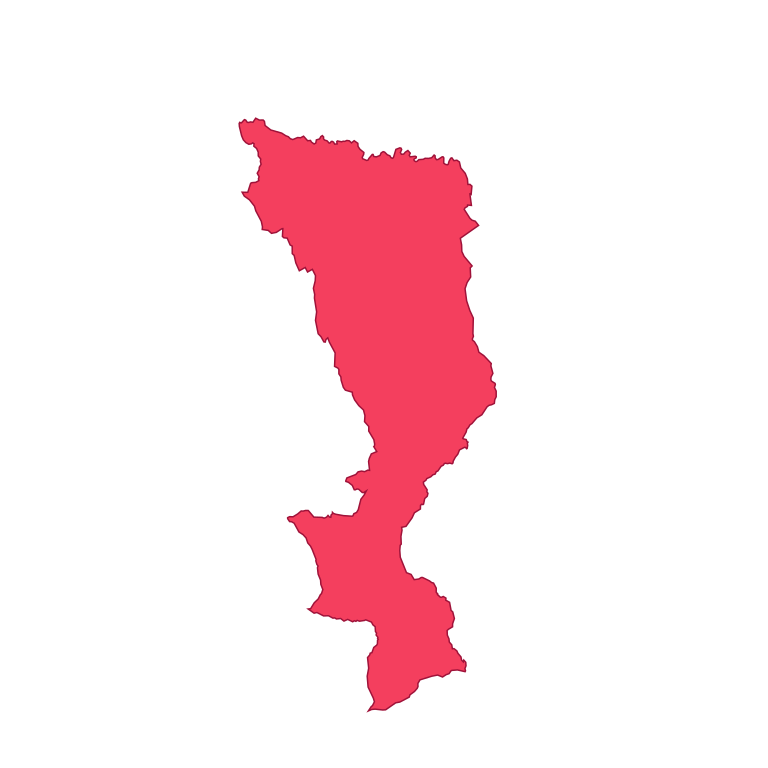 the district of Zabala, Covasna, Romania, rotated 66°
{"feature_id": "2599482B30667106455324", "entity_name": "Zabala", "entity_type": "district", "adm_level": 2, "iso_a3": "ROU", "parent_name": "Romania", "parent_adm1": "Covasna", "projection": "albers", "projection_center": [26.222, 45.876], "detail": "fine", "context": "isolated", "style": "filled", "palette": "rose", "viewbox_px": 768, "rotation_deg": 66, "n_neighbors": 0, "source": "geoboundaries", "source_scale": "gbopen_adm2", "svg_char_len": 6152}
<svg xmlns="http://www.w3.org/2000/svg" viewBox="0 0 768 768"><g transform="rotate(66 384 384)"><path d="M86.3,409.3L87.0,410.3L90.0,411.4L99.3,413.1L103.7,413.2L107.3,412.0L110.0,410.0L110.7,407.4L110.3,405.9L111.6,405.0L113.8,406.2L117.0,404.6L121.0,404.6L124.5,406.1L128.3,405.1L130.4,406.4L133.3,406.9L135.2,409.7L137.6,411.0L139.9,414.1L143.9,413.8L145.5,415.3L147.3,415.6L147.6,419.1L146.3,422.9L146.4,424.2L153.5,430.5L151.1,435.6L155.6,435.2L161.0,432.0L168.9,430.0L173.7,430.7L185.4,429.9L191.0,431.1L193.3,432.4L196.6,427.3L200.6,425.5L201.7,420.7L200.6,414.0L200.9,413.2L207.9,416.8L209.7,416.0L211.4,413.1L218.8,413.2L220.7,411.8L227.6,414.8L230.0,413.8L237.5,415.3L246.1,415.3L245.5,408.6L250.6,408.3L250.1,402.8L257.1,402.5L261.8,404.9L267.9,409.6L274.0,410.9L277.2,412.6L290.7,416.2L298.0,420.7L311.3,423.7L315.1,422.3L321.1,421.8L321.8,420.6L319.7,418.9L319.0,416.6L323.6,416.9L335.7,416.0L347.8,422.0L350.6,419.7L352.3,419.3L356.4,421.1L359.9,420.5L363.1,421.6L370.5,422.5L373.9,421.8L378.6,416.3L381.1,417.2L386.6,417.3L393.5,415.8L399.4,413.3L405.2,414.3L410.5,417.1L416.6,415.2L420.8,417.1L430.7,415.9L435.2,417.0L437.0,418.2L437.1,418.8L442.8,418.1L442.7,424.0L445.9,427.6L448.5,429.6L457.0,432.3L456.1,433.8L456.2,437.3L454.4,440.0L453.7,443.4L455.2,446.6L454.7,456.1L456.8,458.2L457.5,458.5L459.3,456.5L463.7,454.2L468.5,454.2L469.0,453.2L468.9,451.4L469.9,449.9L474.3,448.0L475.0,446.7L474.5,443.7L477.3,447.2L479.9,452.0L488.3,458.6L490.2,461.3L490.2,464.3L491.8,466.0L491.8,466.9L487.8,474.5L483.4,481.0L481.7,482.8L480.3,483.3L481.5,483.9L482.2,485.7L484.1,486.8L483.4,487.9L481.3,488.6L482.3,490.7L482.2,493.3L480.7,494.7L477.1,502.2L468.8,504.6L467.6,507.2L467.2,509.7L466.3,511.3L467.6,515.7L468.3,521.1L466.8,524.2L466.9,526.4L467.9,526.8L471.3,526.2L472.2,524.5L474.6,522.7L484.6,521.9L488.7,519.2L493.0,517.8L498.2,518.3L502.1,517.1L505.9,516.9L516.6,517.4L517.8,518.2L521.4,518.7L523.5,518.3L524.7,519.5L530.9,521.5L537.3,521.7L541.4,523.2L546.9,523.5L550.1,526.4L550.5,527.7L553.6,531.5L555.5,536.7L559.4,542.4L558.7,544.8L564.9,541.1L565.5,538.2L571.3,533.5L573.1,529.0L577.1,525.9L577.6,524.2L579.3,523.0L580.6,519.0L584.3,517.0L584.3,512.9L588.5,509.3L588.2,507.4L589.4,506.2L589.0,504.7L590.7,502.9L592.1,497.9L592.0,496.6L596.4,492.3L599.5,492.1L602.1,490.8L606.7,492.5L608.5,492.1L610.1,493.3L613.0,492.6L613.9,493.4L614.9,493.1L615.4,494.1L618.8,495.8L619.6,496.9L620.5,500.5L624.5,504.3L624.3,506.1L625.7,507.2L627.2,510.3L637.4,513.6L644.1,518.2L654.4,521.8L666.6,521.5L670.4,522.0L673.1,525.3L673.5,526.9L676.3,531.2L676.3,527.7L677.4,524.4L681.3,517.7L682.3,515.0L680.0,503.0L681.0,498.9L680.3,488.3L678.5,486.7L677.3,481.2L675.5,477.4L674.2,476.0L671.4,474.9L668.9,471.5L670.4,459.1L671.7,453.4L675.5,449.7L674.8,445.4L675.1,442.4L673.3,439.5L673.2,438.6L675.1,433.2L679.8,426.9L679.2,426.2L676.9,425.8L674.8,423.7L671.5,422.5L668.7,423.4L670.1,424.6L667.8,425.4L664.6,424.7L660.1,426.0L657.4,426.0L654.2,427.7L653.7,429.2L649.8,428.2L646.3,429.3L643.2,428.3L639.2,428.3L634.9,426.6L634.3,425.0L633.7,420.1L631.0,418.9L626.9,415.1L620.2,413.9L618.1,414.8L610.1,412.9L606.6,415.5L604.8,414.5L602.2,416.3L602.2,418.4L601.7,419.2L598.1,420.8L597.7,420.3L595.5,421.0L591.7,419.3L586.0,419.7L584.8,421.2L582.4,422.5L576.4,427.5L575.9,428.7L576.3,431.5L575.0,436.0L569.0,436.7L565.5,440.2L548.9,439.6L542.5,437.3L537.9,434.8L537.3,433.4L530.1,430.5L524.9,427.0L522.1,426.2L523.0,421.8L517.7,412.8L514.0,408.6L513.0,401.6L509.7,400.0L509.2,398.4L510.0,397.5L509.8,396.7L505.2,393.4L504.1,390.1L501.7,388.3L499.9,388.7L498.2,387.6L491.9,388.6L489.6,387.9L489.0,384.9L487.8,383.4L487.8,379.0L486.8,376.3L487.1,373.9L485.3,371.9L485.4,370.2L482.4,365.3L482.3,362.9L481.2,361.2L481.4,360.0L482.6,358.4L483.0,356.1L484.6,354.2L484.2,353.1L482.7,352.2L479.9,348.6L478.2,345.2L474.9,341.8L474.6,336.2L475.3,335.2L476.7,334.9L476.7,334.3L474.3,332.6L471.9,331.9L471.3,330.9L470.3,331.6L468.2,331.5L466.2,334.0L465.5,334.1L461.4,328.6L458.8,326.6L458.2,324.8L456.3,322.1L455.9,319.7L452.7,313.0L451.9,307.1L446.8,299.2L446.2,296.8L446.7,294.1L446.6,291.1L443.4,289.2L441.3,286.7L436.1,284.4L432.1,284.5L429.8,282.5L428.6,282.3L424.9,284.7L423.2,284.5L421.1,283.3L418.6,280.2L411.0,279.0L408.9,277.7L398.9,281.2L393.5,284.4L387.9,283.5L382.1,284.2L380.0,285.3L378.7,284.9L376.8,282.9L374.2,282.3L360.1,275.6L351.7,275.7L341.7,274.7L329.9,271.2L325.1,266.8L321.5,261.3L313.0,258.0L312.0,255.5L300.0,258.9L294.6,259.0L288.4,256.5L281.9,255.0L277.6,233.1L272.4,234.4L270.1,237.0L267.6,238.1L257.1,239.7L256.0,238.3L255.7,235.5L254.5,234.9L256.4,231.5L245.2,228.2L245.2,227.6L246.1,227.2L239.0,223.2L236.6,224.3L235.8,226.2L230.6,224.4L224.6,224.1L217.9,226.0L211.8,224.8L209.2,226.4L208.4,229.3L205.0,230.0L204.9,231.3L207.0,234.0L209.5,236.1L209.5,237.0L208.3,238.6L206.5,239.6L201.8,237.4L200.7,237.5L200.1,238.4L200.9,243.4L200.4,244.8L198.2,245.3L196.3,244.5L195.2,245.1L196.7,248.4L196.0,251.6L194.5,254.7L194.7,256.7L193.2,260.9L194.0,263.1L193.9,264.4L192.5,265.5L191.3,265.5L190.7,264.8L190.5,262.6L189.5,262.1L188.6,262.9L187.1,267.7L185.3,267.9L183.8,266.1L180.4,267.2L180.9,270.3L182.0,272.5L181.2,274.7L179.2,274.9L177.0,272.5L175.5,272.5L174.7,273.5L174.5,277.7L180.9,283.2L181.3,284.3L180.1,285.6L177.9,285.8L176.0,287.7L172.4,289.1L171.4,290.3L171.7,292.6L173.6,294.7L173.4,298.6L172.0,300.8L169.9,300.6L169.5,301.3L171.8,306.1L172.9,307.4L172.8,308.8L169.5,311.9L168.1,311.7L166.0,309.2L164.3,308.2L159.8,310.5L156.4,311.1L153.5,310.0L149.6,312.3L150.5,315.6L147.7,316.8L146.4,318.9L146.4,321.1L145.6,322.6L145.5,324.2L143.0,327.7L143.4,328.6L145.6,329.1L144.8,331.5L142.5,331.7L141.2,332.7L141.0,333.6L141.8,334.9L141.7,336.1L138.7,337.1L136.9,339.1L135.3,339.5L133.8,338.7L132.0,339.3L132.3,341.1L133.9,343.2L133.5,346.5L136.1,348.3L136.3,350.2L133.5,351.9L131.6,352.1L130.7,354.8L124.9,356.7L125.1,360.1L123.7,362.7L123.6,367.9L121.8,369.8L119.2,370.8L117.2,372.8L113.2,375.4L105.9,384.1L99.5,387.5L95.4,386.4L93.7,387.0L92.2,390.5L89.0,393.1L91.6,397.3L90.3,399.3L90.0,401.3L89.3,402.5L86.6,403.0L85.7,404.0L87.4,407.9L87.2,408.7L86.3,409.3Z" fill="#f43f5e" stroke="#9f1239" stroke-width="1.5"/></g></svg>